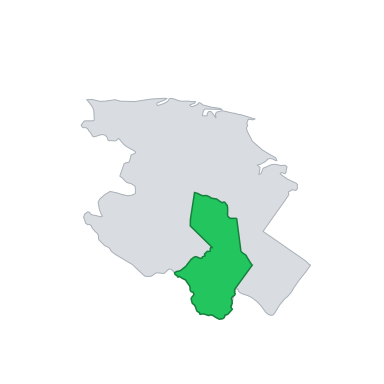 Ogooué-Ivindo highlighted on a map of Gabon, rotated 125°
{"feature_id": "GAB-2186", "entity_name": "Ogooué-Ivindo", "entity_type": "Province", "adm_level": 1, "iso_a3": "GAB", "parent_name": "Gabon", "parent_adm1": "", "projection": "equal_earth", "projection_center": [13.011, 0.34], "detail": "fine", "context": "in_parent", "style": "filled", "palette": "green", "viewbox_px": 384, "rotation_deg": 125, "n_neighbors": 0, "source": "natural_earth", "source_scale": "10m", "svg_char_len": 6537}
<svg xmlns="http://www.w3.org/2000/svg" viewBox="0 0 384 384"><g transform="rotate(125 192 192)"><path d="M248.5,59.2L248.4,62.3L245.7,70.0L244.5,75.9L244.2,82.2L244.9,87.2L246.2,90.8L247.0,94.8L246.4,97.5L245.1,98.7L246.0,100.1L247.9,100.4L251.1,99.2L256.1,97.1L262.7,94.1L267.0,92.4L274.2,93.5L278.0,94.6L279.9,96.7L282.0,105.8L283.1,107.1L284.8,111.0L286.3,115.6L286.6,117.9L286.4,119.6L285.0,122.1L283.3,125.8L282.7,128.0L281.4,129.6L279.7,131.3L274.9,131.9L274.2,132.9L272.8,136.8L270.3,140.1L269.2,143.2L268.1,147.4L268.3,152.5L267.8,160.0L267.3,165.0L268.6,166.8L274.3,168.0L275.4,169.0L276.9,172.1L278.8,175.0L284.1,176.9L286.1,179.1L287.7,181.6L287.9,183.6L286.8,191.7L285.6,199.4L286.1,205.3L286.5,210.9L287.1,219.1L286.8,224.2L285.4,227.2L285.4,229.6L286.0,232.5L284.7,240.5L283.9,241.8L281.5,243.3L280.3,245.5L279.9,248.8L278.7,253.4L277.4,255.1L277.4,257.3L278.6,258.8L278.6,261.2L276.3,264.1L274.9,266.3L271.8,267.3L268.2,266.2L267.4,264.6L268.2,262.1L267.9,260.2L266.7,258.1L264.8,252.7L263.1,251.6L262.2,253.8L259.3,257.9L254.2,263.1L250.6,263.5L244.0,261.9L238.5,259.4L235.9,253.3L234.3,248.2L231.9,242.3L229.3,239.6L226.4,237.8L225.2,237.7L221.1,240.9L219.9,242.2L219.9,245.0L220.3,247.5L220.9,248.8L221.5,250.4L221.4,253.0L220.6,256.4L220.4,260.2L207.7,263.9L205.5,262.5L203.9,260.8L202.0,261.1L196.5,263.1L194.5,261.7L192.5,260.7L191.5,261.5L191.5,263.2L192.4,272.0L192.1,275.4L190.9,279.8L190.2,282.8L193.6,283.7L194.8,285.1L196.0,287.3L197.6,289.4L197.7,290.6L195.9,292.9L195.3,295.8L196.1,298.0L198.4,300.4L201.8,302.8L203.4,304.4L203.2,305.8L201.7,308.9L201.1,311.5L200.0,313.9L200.3,316.1L201.8,318.1L201.6,319.9L200.6,321.3L198.5,321.0L196.7,321.2L195.2,320.6L190.2,313.6L189.1,313.4L182.0,318.8L180.2,321.0L178.7,324.2L176.7,331.1L173.5,327.1L170.7,319.7L167.4,315.2L160.5,307.9L158.6,302.6L150.7,290.7L139.4,278.9L131.2,268.6L129.9,266.3L131.3,266.6L139.2,271.7L140.3,271.1L141.2,270.0L137.8,267.3L134.6,265.2L131.5,263.9L128.4,264.0L126.7,261.8L125.6,258.5L125.0,255.7L123.7,252.7L119.3,246.6L118.3,244.3L115.9,241.1L117.3,240.6L122.0,243.7L122.4,242.5L122.0,240.7L117.3,237.8L114.8,237.6L114.2,235.5L114.5,233.2L111.2,224.3L107.7,217.6L107.1,214.5L116.5,228.9L117.8,229.2L119.4,229.1L123.3,227.4L122.6,225.5L120.8,223.4L119.1,224.4L116.9,224.6L115.8,223.7L115.2,222.2L117.4,215.2L116.5,215.6L115.8,216.8L114.6,217.4L112.7,217.8L108.1,214.0L104.0,203.9L102.9,201.8L101.8,198.2L100.8,196.8L96.1,182.4L97.9,183.4L100.0,187.6L104.1,186.7L105.8,184.3L107.2,184.4L108.6,183.9L110.5,181.6L115.8,171.6L117.2,158.5L116.7,150.7L115.9,143.0L117.7,140.5L118.4,142.2L118.7,144.9L119.6,146.9L121.5,148.8L125.0,149.3L130.4,152.1L132.4,153.9L132.9,150.3L139.2,147.2L137.3,146.1L131.7,147.3L124.1,142.7L121.5,139.7L119.2,134.1L116.7,131.2L116.9,128.6L122.4,126.2L123.8,126.4L124.4,129.3L125.9,130.5L126.4,130.1L126.7,127.7L126.7,121.0L125.0,111.6L125.5,109.7L127.1,109.1L128.4,107.8L129.3,107.6L131.2,107.8L132.1,110.0L132.6,111.2L134.5,111.8L136.0,113.0L137.4,112.6L138.5,111.3L140.1,111.0L145.1,111.0L149.6,111.0L158.6,111.1L167.7,111.1L176.7,111.2L183.5,111.2L183.5,105.8L183.4,97.4L183.4,87.5L183.4,78.1L183.3,69.3L183.3,58.9L183.7,56.0L184.1,54.7L183.9,53.0L190.9,52.9L203.6,53.7L209.1,53.6L210.7,53.7L217.6,53.2L223.2,53.8L225.5,54.6L227.7,54.9L234.4,55.4L243.1,54.8L246.1,55.0L247.7,56.4L248.5,59.2Z" fill="#d9dde1" stroke="#a8b0b8" stroke-width="1"/><path d="M244.9,101.2L245.3,101.3L245.9,101.1L247.1,101.2L247.8,101.1L248.4,100.7L249.0,99.7L249.6,99.6L250.2,99.4L250.4,98.6L250.6,98.2L251.3,98.0L252.0,97.9L252.5,97.9L253.7,98.5L254.7,98.8L255.7,98.8L256.8,98.5L257.2,98.1L258.0,96.7L259.2,96.1L259.6,95.6L260.1,95.2L260.8,95.1L261.1,95.1L261.4,95.1L262.0,94.9L262.6,94.4L262.8,94.3L263.0,94.3L263.4,94.6L263.5,94.6L263.8,94.4L264.4,93.3L264.7,92.1L264.7,91.9L265.2,91.7L271.4,92.5L272.0,92.7L272.6,93.2L273.1,93.8L273.6,94.3L274.3,94.4L275.5,93.8L276.1,93.6L276.8,93.6L278.1,94.1L278.4,94.4L278.6,94.7L278.8,94.9L279.2,95.0L279.3,95.3L279.3,95.5L279.6,95.8L280.0,96.0L280.4,96.4L280.6,96.9L281.0,99.7L281.1,100.8L281.1,104.2L281.4,105.3L281.9,106.3L283.5,107.3L283.9,108.2L284.5,110.5L284.8,111.5L285.3,112.5L285.8,113.4L286.5,114.2L287.3,114.7L287.5,115.1L287.5,115.7L287.2,116.1L286.8,116.4L286.5,116.8L286.6,117.3L286.8,119.4L285.7,121.2L284.2,123.0L283.2,124.9L283.1,127.2L282.9,128.1L280.4,131.0L280.1,131.4L279.7,131.6L278.0,131.8L276.1,131.5L274.5,131.8L273.5,133.7L273.9,134.6L274.1,135.5L273.9,136.4L273.3,137.4L270.9,139.2L270.2,140.2L269.0,143.8L267.9,146.1L267.7,147.1L267.9,148.3L268.2,149.6L268.3,150.7L268.5,154.0L268.7,154.3L269.1,154.3L269.5,154.4L269.8,154.9L269.7,155.4L269.2,156.2L269.1,156.7L269.2,157.3L269.3,157.8L269.4,158.3L269.0,158.9L268.7,159.3L268.3,160.0L268.2,160.0L265.8,158.9L264.2,157.3L263.4,156.7L262.8,156.3L256.1,154.4L255.6,154.3L254.3,154.4L248.1,154.1L247.4,154.1L247.2,154.0L246.8,153.8L246.5,153.5L246.1,153.4L245.3,153.4L244.9,153.3L244.5,153.1L244.1,152.8L242.9,152.0L242.7,151.6L242.5,151.2L241.9,148.5L241.8,147.6L241.7,147.3L241.1,146.7L240.7,146.1L240.4,146.0L239.4,146.2L239.1,146.2L238.8,146.1L238.6,146.0L238.4,145.8L237.7,145.3L237.2,144.8L236.9,144.7L236.0,145.8L235.6,146.1L235.1,146.2L234.7,146.1L233.7,145.7L232.9,145.6L232.3,145.6L231.9,145.5L231.6,145.2L231.4,144.8L231.2,144.4L230.9,144.0L230.6,143.7L230.3,143.4L229.8,143.3L227.7,144.7L227.3,144.8L227.0,144.8L226.7,144.5L226.4,144.2L226.2,143.8L226.0,143.5L225.8,143.7L220.8,173.9L215.5,177.5L191.0,189.6L190.0,186.8L189.9,186.4L189.4,182.8L188.9,181.3L188.5,180.5L188.2,180.1L187.0,178.7L186.7,178.3L186.5,177.8L186.0,175.5L185.9,174.8L185.9,173.7L185.9,173.0L185.8,172.4L185.6,171.9L183.9,168.4L183.7,168.0L183.6,167.6L183.6,167.1L183.6,166.0L183.7,164.8L183.6,162.8L183.3,161.2L183.2,160.9L182.9,160.6L182.7,160.5L182.3,160.4L182.1,160.3L181.9,160.1L181.8,159.9L181.7,159.5L181.6,159.1L181.7,158.7L182.3,157.3L182.6,155.9L182.8,155.4L183.7,154.6L184.2,154.0L188.8,150.7L189.4,150.6L189.8,150.4L190.2,149.8L190.6,149.5L191.3,148.8L191.5,148.3L191.6,147.7L191.5,147.1L191.7,145.6L188.3,140.8L188.2,140.4L188.2,140.2L188.5,139.8L212.4,118.0L212.6,117.6L212.7,117.2L212.9,116.0L212.9,115.8L212.9,115.7L212.8,115.4L212.8,115.2L212.9,114.7L212.9,114.4L212.8,112.8L212.8,111.9L212.9,111.2L213.0,111.1L213.9,109.4L214.2,108.8L214.6,107.8L214.6,107.5L214.7,107.3L214.8,107.1L215.3,106.3L215.4,106.1L216.0,104.4L216.4,103.9L216.6,103.6L216.6,102.9L216.7,102.6L216.8,102.4L217.2,101.8L217.2,101.7L217.3,101.5L217.3,101.0L217.3,100.7L244.9,101.2Z" fill="#22c55e" stroke="#15803d" stroke-width="1.5"/></g></svg>